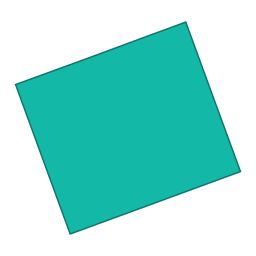 the district of Tama, Iowa, United States of America, rotated 70°
{"feature_id": "52423323B19470112440240", "entity_name": "Tama", "entity_type": "district", "adm_level": 2, "iso_a3": "USA", "parent_name": "United States of America", "parent_adm1": "Iowa", "projection": "robinson", "projection_center": [-92.546, 42.08], "detail": "fine", "context": "isolated", "style": "filled", "palette": "teal", "viewbox_px": 256, "rotation_deg": 70, "n_neighbors": 0, "source": "geoboundaries", "source_scale": "gbopen_adm2", "svg_char_len": 269}
<svg xmlns="http://www.w3.org/2000/svg" viewBox="0 0 256 256"><g transform="rotate(70 128 128)"><path d="M207.8,218.6L207.4,37.2L167.3,37.3L127.8,37.4L48.2,37.5L48.3,73.7L48.7,146.7L48.7,218.8L207.8,218.6Z" fill="#14b8a6" stroke="#0f766e" stroke-width="1.5"/></g></svg>